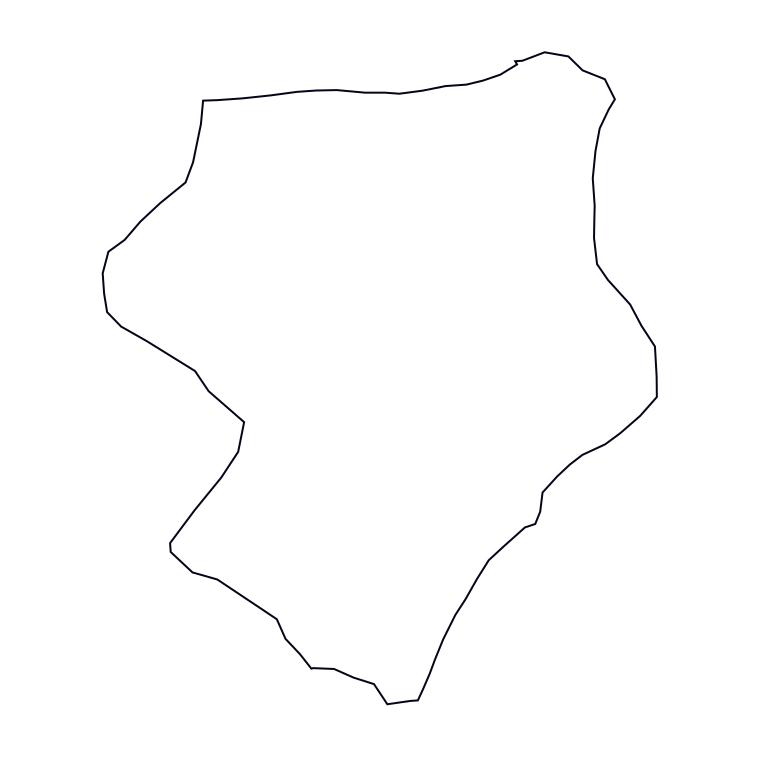 outline of Dashkasan District, Daşkəsən, Azerbaijan, rotated 176°
{"feature_id": "54616110B88384638285498", "entity_name": "Dashkasan District", "entity_type": "district", "adm_level": 2, "iso_a3": "AZE", "parent_name": "Azerbaijan", "parent_adm1": "Daşkəsən", "projection": "orthographic", "projection_center": [46.034, 40.48], "detail": "fine", "context": "isolated", "style": "outline", "palette": "ink", "viewbox_px": 768, "rotation_deg": 176, "n_neighbors": 0, "source": "geoboundaries", "source_scale": "gbopen_adm2", "svg_char_len": 1251}
<svg xmlns="http://www.w3.org/2000/svg" viewBox="0 0 768 768"><g transform="rotate(176 384 384)"><path d="M544.7,679.3L548.5,656.0L559.0,618.5L567.9,598.9L594.6,580.1L615.7,563.0L632.7,545.8L649.7,535.2L656.9,514.0L656.9,493.7L655.2,475.0L642.2,459.6L617.8,443.4L571.6,410.1L559.4,389.0L526.2,355.7L534.2,326.5L552.8,302.1L581.9,271.1L608.5,240.2L608.5,231.3L588.2,209.4L563.9,200.6L507.3,156.8L500.0,136.6L486.7,120.4L476.3,105.1L474.5,105.5L453.7,103.2L434.8,93.2L414.9,85.3L403.0,64.3L379.9,66.0L372.3,66.0L367.0,75.6L358.7,91.6L352.4,105.5L342.8,125.1L328.9,148.7L317.7,163.6L304.7,183.2L291.8,200.9L276.6,213.1L253.4,231.1L242.9,233.8L237.1,245.7L233.4,264.7L217.7,279.7L204.2,290.7L191.1,299.4L167.4,308.5L151.4,318.7L130.6,334.4L112.7,352.0L111.5,372.5L111.1,402.5L123.1,424.1L132.9,446.1L153.3,472.1L163.1,488.7L164.3,515.0L162.6,534.5L161.4,547.1L161.4,574.6L156.8,601.5L151.0,623.9L140.7,642.2L133.8,651.9L139.9,666.5L142.4,672.6L164.0,683.0L177.2,697.9L200.6,703.7L223.4,696.8L230.6,696.8L229.0,693.5L246.3,684.5L263.9,679.8L280.9,676.9L301.8,676.9L325.4,673.9L348.4,672.5L362.4,674.5L382.3,675.9L410.6,680.5L431.2,681.5L450.5,681.5L477.1,679.8L505.3,678.8L530.9,678.8L544.7,679.3Z" fill="none" stroke="#020617" stroke-width="2"/></g></svg>